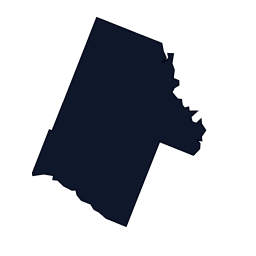 Hempstead, Arkansas, United States of America, rotated 200°
{"feature_id": "52423323B95130922587904", "entity_name": "Hempstead", "entity_type": "district", "adm_level": 2, "iso_a3": "USA", "parent_name": "United States of America", "parent_adm1": "Arkansas", "projection": "albers", "projection_center": [-93.734, 33.742], "detail": "fine", "context": "isolated", "style": "filled", "palette": "ink", "viewbox_px": 256, "rotation_deg": 200, "n_neighbors": 0, "source": "geoboundaries", "source_scale": "gbopen_adm2", "svg_char_len": 868}
<svg xmlns="http://www.w3.org/2000/svg" viewBox="0 0 256 256"><g transform="rotate(200 128 128)"><path d="M202.2,53.2L201.1,51.0L191.5,56.2L181.5,58.1L180.8,54.0L176.3,55.2L168.7,51.8L159.3,50.6L155.7,52.3L152.9,47.8L146.9,44.2L137.0,44.0L131.9,40.0L126.7,39.4L117.6,35.9L96.3,35.1L95.8,55.4L93.8,126.2L57.3,125.0L53.8,133.0L55.2,137.9L59.0,140.4L54.5,141.3L56.3,144.9L54.4,152.4L60.5,156.9L62.5,161.1L65.2,155.5L70.0,155.7L72.9,159.9L69.0,167.3L76.4,164.5L78.3,168.2L81.6,165.8L85.1,168.0L87.6,172.9L91.3,172.0L95.4,174.3L99.2,176.6L98.4,181.7L95.1,185.8L96.6,189.6L102.7,190.0L104.6,198.3L109.0,203.5L110.8,213.1L115.8,211.5L113.2,207.5L118.4,200.9L116.3,206.9L121.3,212.1L125.3,218.9L150.6,219.6L195.0,220.9L195.7,190.4L197.1,136.9L197.2,131.2L197.4,129.3L197.5,124.3L198.2,99.1L201.1,99.2L202.2,53.2Z" fill="#0f172a" stroke="#020617" stroke-width="1.5"/></g></svg>